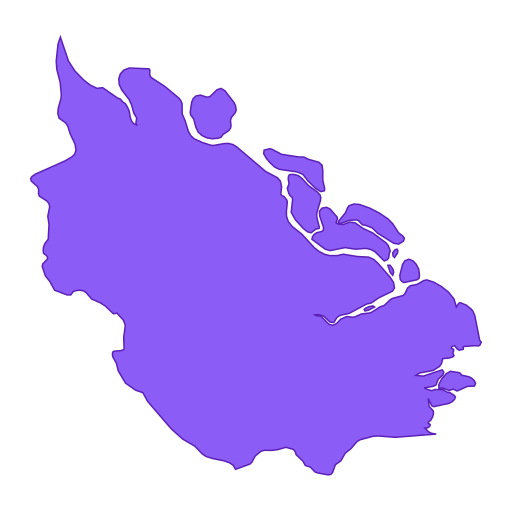 map outline of Riau (Mercator projection)
{"feature_id": "IDN-492", "entity_name": "Riau", "entity_type": "Province", "adm_level": 1, "iso_a3": "IDN", "parent_name": "Indonesia", "parent_adm1": "", "projection": "mercator", "projection_center": [102.223, 0.735], "detail": "fine", "context": "isolated", "style": "filled", "palette": "violet", "viewbox_px": 512, "rotation_deg": 0, "n_neighbors": 0, "source": "natural_earth", "source_scale": "10m", "svg_char_len": 6045}
<svg xmlns="http://www.w3.org/2000/svg" viewBox="0 0 512 512"><path d="M60.4,37.1L68.5,61.1L74.9,71.0L83.6,79.9L90.1,85.0L96.9,88.3L102.7,87.7L117.5,98.0L120.4,99.1L122.7,101.9L125.5,103.9L127.5,107.2L129.2,111.0L130.3,117.5L131.6,121.1L133.6,123.7L136.6,124.9L135.9,122.9L136.7,118.0L133.8,113.1L131.6,105.0L129.1,99.5L121.7,89.9L119.2,84.4L118.8,78.7L120.4,73.8L123.8,70.1L129.2,68.0L148.9,68.8L149.9,70.1L149.7,74.8L151.0,77.4L164.8,86.4L179.0,98.2L181.0,100.9L182.1,103.6L182.2,113.9L185.1,120.7L188.3,131.1L190.7,135.6L194.2,138.8L202.4,142.5L211.1,145.3L214.0,145.4L223.9,143.6L228.5,143.4L233.0,144.6L236.5,146.7L265.7,171.5L277.4,177.7L280.4,181.1L281.6,186.7L280.8,194.3L282.0,195.7L284.0,196.4L286.9,200.1L287.3,202.3L286.4,211.6L286.5,216.2L288.2,221.3L292.0,226.3L301.8,234.1L314.3,247.7L318.9,251.3L324.4,254.2L329.5,255.6L337.3,255.6L343.4,254.2L357.1,256.5L368.6,257.1L373.6,259.3L377.8,263.1L390.2,277.3L393.5,282.4L394.5,288.0L392.4,291.2L378.8,297.8L371.3,303.0L366.7,304.0L349.2,313.4L340.8,315.2L338.6,316.2L336.7,317.7L334.3,322.0L333.1,322.6L329.9,322.0L323.6,316.0L318.5,314.6L314.9,314.8L316.0,315.6L321.0,316.2L328.8,324.1L332.6,325.3L336.7,323.5L340.6,319.2L346.8,316.5L352.3,317.2L354.9,316.9L361.5,313.9L369.7,313.0L371.7,312.2L380.1,306.8L384.3,305.4L390.3,299.6L392.5,298.4L403.4,295.4L405.2,293.1L407.6,288.0L410.3,285.7L417.1,284.4L423.8,280.5L426.9,279.9L434.1,282.3L441.2,286.4L448.5,292.1L454.1,299.1L456.3,307.0L458.6,303.5L459.7,302.8L461.0,302.9L466.4,305.2L471.2,309.1L472.8,311.1L474.8,315.6L479.7,340.3L481.3,342.1L479.8,345.3L478.6,345.9L474.4,345.7L464.1,346.5L463.2,347.0L463.3,349.3L459.1,350.2L457.0,348.8L454.6,345.7L452.8,346.1L451.3,347.3L451.6,348.6L453.2,349.0L453.8,349.8L452.9,353.3L454.0,355.8L452.6,357.0L448.8,358.1L442.8,358.6L441.5,363.6L439.5,366.4L433.2,370.5L419.6,373.0L415.9,375.4L423.4,376.1L442.2,369.8L443.8,372.1L442.9,374.9L438.3,379.2L435.9,385.1L432.6,386.5L425.0,387.7L425.0,388.5L431.6,390.7L435.0,389.5L442.7,389.6L447.2,392.2L449.8,392.5L454.4,395.5L455.4,396.9L454.6,399.3L452.3,401.6L449.2,403.3L433.7,406.7L431.7,405.7L428.2,398.5L429.1,406.3L433.2,410.8L433.5,413.6L432.5,417.2L430.7,420.4L428.2,422.3L428.2,423.2L430.2,424.5L429.8,426.3L427.8,427.8L425.0,428.1L428.6,431.8L431.5,433.3L436.2,434.1L395.4,437.3L378.4,436.0L373.5,436.2L359.9,439.8L357.0,441.6L350.8,448.8L345.2,453.2L340.9,460.8L335.4,464.7L332.6,472.5L330.8,474.4L328.2,474.9L317.5,472.9L314.9,471.9L310.4,467.1L305.3,465.5L303.0,461.2L296.2,454.8L295.3,451.8L293.4,449.4L285.9,447.3L277.6,449.7L271.6,450.4L264.7,450.3L261.2,451.1L255.3,455.9L251.8,462.3L249.9,464.1L235.5,469.3L233.3,465.4L229.8,462.9L223.9,460.8L212.5,458.5L206.1,456.5L202.1,453.8L195.0,446.3L182.7,439.1L171.3,428.9L147.7,401.5L142.9,392.7L135.6,390.2L125.6,383.2L118.3,371.0L116.3,363.1L112.8,356.9L112.4,354.4L112.7,352.1L114.0,351.2L121.0,350.6L123.4,349.8L124.1,348.9L123.7,337.6L125.3,325.3L123.5,320.3L116.9,313.1L113.8,313.8L113.0,313.4L105.3,306.0L100.4,302.9L91.6,299.0L86.5,293.0L83.9,291.0L79.8,290.2L76.1,290.6L73.2,291.6L70.8,294.9L67.0,294.9L54.6,290.2L49.8,281.4L45.4,275.9L42.2,266.4L42.8,263.9L47.5,258.9L47.5,257.2L46.4,255.5L43.5,253.3L43.2,250.0L43.4,247.4L44.7,243.8L48.2,239.2L49.0,224.6L47.8,216.2L49.7,206.6L48.8,203.3L46.9,201.0L39.4,196.2L38.5,193.8L38.6,189.5L37.6,186.7L31.2,181.0L30.7,178.5L32.0,176.5L35.2,174.2L64.8,161.0L72.3,156.6L74.8,153.9L76.0,150.0L75.0,144.0L70.3,134.1L67.8,126.2L65.5,122.8L59.1,118.2L57.8,113.4L58.2,108.4L61.0,98.4L61.3,94.9L60.2,82.5L56.8,69.4L56.2,61.2L58.0,44.2L60.4,37.1ZM388.3,245.6L390.3,251.0L389.3,253.3L388.7,257.7L387.4,259.6L384.3,261.0L375.0,251.8L370.7,249.4L365.6,248.4L355.4,249.2L345.1,247.6L330.2,250.6L325.2,249.2L312.0,239.4L312.4,236.8L314.2,234.4L316.7,232.7L322.0,231.4L323.4,229.8L323.5,227.4L319.7,216.0L319.4,211.3L322.0,208.1L326.6,207.3L330.1,209.0L337.2,217.2L337.4,218.8L336.0,222.8L337.9,224.0L343.0,224.6L349.6,222.1L355.0,222.8L363.3,228.5L372.5,232.8L386.0,242.8L388.3,245.6ZM224.9,90.7L234.0,102.5L235.5,105.7L236.2,110.1L235.2,112.8L231.4,117.4L230.5,120.3L231.0,125.8L230.6,128.0L228.9,130.5L223.0,134.5L221.0,137.3L218.1,138.2L212.3,138.8L206.7,137.8L201.9,135.5L198.2,132.1L195.9,127.3L193.7,119.1L190.6,114.8L190.2,112.2L191.7,102.2L193.2,98.5L195.9,96.0L200.4,95.1L206.7,97.1L209.1,96.9L211.0,95.7L216.9,89.8L221.0,88.4L224.9,90.7ZM320.1,195.0L320.8,197.8L320.4,200.8L317.0,212.1L316.7,215.0L317.0,218.0L319.4,227.5L319.0,228.5L315.8,229.1L311.2,232.8L307.6,231.9L303.3,228.5L295.3,219.7L291.2,212.2L292.6,199.6L292.2,197.5L289.9,195.5L288.7,193.1L287.3,188.3L289.0,183.8L288.2,178.8L288.5,176.2L289.3,174.9L290.9,174.4L293.6,174.4L298.1,175.5L301.9,178.3L308.3,185.4L317.4,192.0L320.1,195.0ZM322.8,180.4L324.7,188.6L324.4,190.8L320.7,191.6L315.4,188.2L307.9,180.9L302.9,174.4L297.4,172.0L279.3,169.3L274.6,167.0L270.0,162.7L266.3,158.3L263.7,153.7L264.1,150.1L269.6,148.7L271.9,149.2L281.5,154.3L299.0,157.0L303.8,157.0L308.7,159.4L318.8,162.2L322.1,165.2L322.8,171.0L322.8,180.4ZM398.6,232.8L403.0,236.2L404.4,238.3L403.5,241.1L398.7,244.1L393.8,243.3L377.6,233.2L372.2,227.9L366.4,225.6L362.3,224.7L358.2,220.4L356.2,219.9L348.8,220.4L341.0,223.4L338.5,223.0L338.3,221.5L345.5,212.7L347.6,207.6L349.2,205.6L354.0,204.0L359.6,204.5L369.7,208.1L379.4,213.1L387.9,218.8L392.7,223.7L398.6,232.8ZM469.1,376.8L471.7,378.2L474.3,380.6L475.6,383.4L474.4,386.1L467.4,386.4L457.1,391.0L453.2,389.1L449.1,390.5L442.3,387.9L438.9,388.5L438.8,384.6L441.7,378.9L446.2,373.7L450.5,371.3L459.0,372.6L460.4,373.3L461.5,375.1L469.1,376.8ZM418.7,269.2L419.5,275.2L419.0,278.3L417.2,279.7L403.9,282.6L401.8,281.4L400.3,279.5L399.8,275.4L402.5,264.5L404.9,260.8L408.9,259.2L413.1,260.9L416.3,264.4L418.7,269.2ZM393.0,269.3L393.7,272.2L392.7,275.3L390.4,272.7L387.8,265.3L390.1,265.2L393.0,269.3ZM397.0,249.1L397.9,250.6L397.4,253.3L394.5,257.5L393.1,256.1L392.7,252.9L394.8,249.9L397.0,249.1ZM364.1,309.4L365.9,308.0L369.5,306.5L373.0,305.9L374.6,307.0L368.4,310.2L365.0,311.0L364.1,309.4Z" fill="#8b5cf6" stroke="#5b21b6" stroke-width="1.5"/></svg>